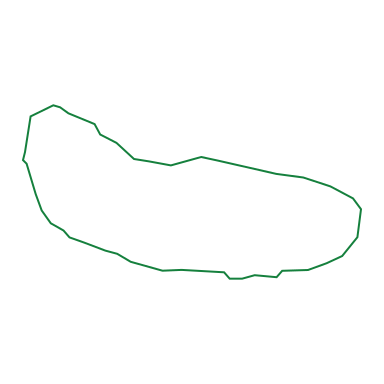 the district of Moch, Federated States of Micronesia
{"feature_id": "79324940B69575341239626", "entity_name": "Moch", "entity_type": "district", "adm_level": 2, "iso_a3": "FSM", "parent_name": "Federated States of Micronesia", "parent_adm1": "", "projection": "mercator", "projection_center": [153.542, 5.491], "detail": "fine", "context": "isolated", "style": "outline", "palette": "green", "viewbox_px": 384, "rotation_deg": 0, "n_neighbors": 0, "source": "geoboundaries", "source_scale": "gbopen_adm2", "svg_char_len": 617}
<svg xmlns="http://www.w3.org/2000/svg" viewBox="0 0 384 384"><path d="M149.1,161.4L134.0,159.0L116.5,142.9L100.2,134.5L94.6,124.1L68.4,113.3L60.1,107.3L53.3,105.3L30.6,116.4L25.0,152.1L23.0,160.1L26.6,163.7L35.7,194.1L41.7,210.5L50.8,223.3L63.5,230.5L69.5,237.4L84.2,242.6L105.3,250.6L117.2,253.8L130.7,261.8L162.5,270.7L181.6,269.9L224.1,272.3L229.7,278.7L242.0,278.7L254.7,275.2L276.6,277.2L282.2,270.8L308.0,270.0L326.7,263.2L342.2,256.0L357.4,237.2L361.0,209.2L353.0,198.4L330.4,186.4L303.3,177.5L276.3,173.9L217.9,160.6L201.2,157.0L170.9,165.4L149.1,161.4Z" fill="none" stroke="#15803d" stroke-width="2"/></svg>